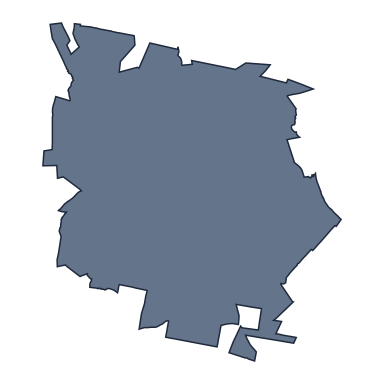 outline of San Felipe del Progreso, México, Mexico
{"feature_id": "50627088B26208541909776", "entity_name": "San Felipe del Progreso", "entity_type": "district", "adm_level": 2, "iso_a3": "MEX", "parent_name": "Mexico", "parent_adm1": "México", "projection": "mercator", "projection_center": [-99.99, 19.649], "detail": "fine", "context": "isolated", "style": "filled", "palette": "slate", "viewbox_px": 384, "rotation_deg": 0, "n_neighbors": 0, "source": "geoboundaries", "source_scale": "gbopen_adm2", "svg_char_len": 5643}
<svg xmlns="http://www.w3.org/2000/svg" viewBox="0 0 384 384"><path d="M293.7,343.2L296.3,337.5L293.2,336.9L285.3,335.6L283.7,335.3L279.4,334.3L277.2,333.9L275.8,333.8L281.6,321.5L273.6,320.3L276.0,318.5L282.6,312.1L284.6,310.3L293.3,301.9L292.5,301.7L280.7,284.2L281.2,283.3L282.8,283.9L284.0,283.8L285.7,282.7L286.4,277.4L289.0,274.4L289.5,273.5L294.8,267.6L297.1,265.3L297.0,265.1L297.1,264.5L297.4,264.0L297.8,263.7L298.1,263.5L298.6,263.5L301.8,259.7L304.4,256.9L305.6,255.7L306.4,254.8L307.5,253.5L309.0,252.0L311.2,249.5L312.7,250.5L315.9,247.1L317.3,245.3L320.6,241.8L323.2,238.8L325.7,236.0L330.7,230.2L333.7,226.9L334.9,225.6L336.2,226.4L341.1,219.5L337.6,215.9L334.6,213.1L333.1,211.5L332.0,210.1L330.5,208.7L329.1,207.7L328.4,206.9L325.1,202.1L324.4,200.7L323.3,197.7L323.0,197.8L321.7,194.9L320.6,191.7L320.8,191.6L317.2,182.2L316.5,179.8L315.8,176.5L315.5,173.5L314.7,174.7L314.1,174.5L312.7,175.1L312.0,174.9L311.9,175.2L312.4,175.7L313.3,175.6L313.6,175.8L313.7,176.3L313.3,176.5L312.8,176.5L312.5,176.3L311.9,176.4L311.3,176.7L311.1,177.0L311.2,177.4L310.9,177.8L309.9,177.9L309.3,177.5L308.9,176.9L308.2,176.5L307.3,177.0L306.8,176.8L305.4,177.0L304.1,177.2L304.0,176.5L302.1,170.6L301.6,169.5L300.3,167.6L298.1,165.5L295.6,163.5L294.3,162.5L294.4,162.4L287.0,139.6L299.6,137.2L298.9,136.7L297.8,135.7L296.9,134.6L296.6,134.0L296.4,133.6L296.4,133.0L296.4,132.6L296.4,132.1L296.2,131.9L295.1,132.1L294.7,132.0L293.2,130.7L292.3,129.7L292.1,129.5L291.7,129.0L291.8,128.9L291.3,127.2L291.4,126.2L291.7,125.8L291.8,125.8L292.1,125.4L292.8,124.9L293.4,124.7L293.8,124.8L294.2,124.8L294.6,124.3L294.8,124.0L294.9,123.4L295.1,122.6L294.9,122.1L295.0,121.9L294.8,121.8L294.9,120.6L294.8,120.0L295.3,118.9L295.5,118.7L295.6,118.2L295.6,117.9L295.5,117.6L295.4,117.5L295.3,117.4L295.1,117.2L294.9,117.0L294.9,116.6L296.2,115.2L296.3,114.7L295.7,111.8L295.8,111.6L295.6,109.9L295.8,109.6L296.1,108.7L295.9,108.5L287.3,96.4L287.3,95.8L287.7,95.6L293.5,94.3L299.2,93.4L305.5,91.5L313.2,89.0L302.0,84.5L288.0,79.3L286.4,82.9L260.1,76.3L265.7,70.6L270.2,64.8L245.8,63.0L235.5,69.5L234.1,69.1L191.6,60.5L192.3,64.3L181.9,65.3L181.5,60.6L180.5,58.1L177.9,55.5L178.9,51.7L178.1,46.8L177.3,49.3L149.9,43.0L139.0,68.2L137.4,67.3L131.8,68.8L119.2,72.2L120.4,61.6L134.9,45.2L134.8,43.4L134.2,35.8L132.8,35.4L131.6,35.2L129.8,34.9L119.5,32.9L117.7,32.7L111.3,31.3L110.9,30.9L108.8,30.7L102.5,29.5L102.0,29.5L97.8,28.5L97.6,28.3L96.9,28.2L95.0,27.9L91.9,27.2L91.5,27.2L91.0,27.0L90.4,26.9L80.3,25.9L80.5,24.4L74.4,23.7L74.3,27.1L73.0,33.5L75.2,39.6L77.6,44.3L78.0,45.0L79.3,46.9L71.1,54.3L70.5,52.8L66.8,45.1L68.9,42.2L69.9,40.7L68.2,36.8L62.8,26.3L61.5,23.0L50.1,24.4L51.3,32.4L52.3,38.5L55.0,43.4L63.2,60.7L65.6,66.2L66.0,66.5L66.3,67.9L66.6,68.4L67.0,69.4L67.4,69.5L67.5,69.6L67.8,69.9L67.9,70.4L68.0,70.6L68.0,70.8L67.9,70.8L67.7,71.4L68.0,71.5L68.1,71.3L68.3,71.3L68.5,71.6L68.4,71.9L68.5,72.1L68.6,72.9L69.0,73.3L69.6,73.5L69.9,73.7L71.0,74.1L72.0,76.6L72.7,76.8L72.4,78.3L73.0,78.9L72.9,79.5L73.4,80.5L72.6,81.2L72.4,81.6L72.2,81.9L71.9,82.1L71.4,83.2L71.2,84.3L71.1,85.3L71.0,85.8L70.7,86.2L70.3,86.6L70.1,87.1L69.4,87.9L68.9,88.3L68.7,88.7L68.6,89.3L68.1,90.2L68.0,90.5L68.5,91.3L68.6,92.2L68.9,92.6L69.0,93.3L69.0,93.8L69.0,94.1L69.2,95.3L69.2,96.0L69.3,96.2L69.5,96.7L69.6,97.1L69.6,97.5L69.8,98.1L70.2,99.2L70.1,100.0L69.9,100.3L69.5,100.8L66.3,99.7L62.9,98.7L55.8,96.6L54.2,102.6L53.4,104.9L53.1,106.4L52.7,107.9L52.5,109.7L52.5,112.8L52.9,114.8L52.4,116.9L52.4,143.5L52.1,149.6L44.0,150.9L42.9,165.8L56.8,165.5L57.5,178.3L63.3,176.9L79.9,189.3L81.4,190.9L80.8,191.2L80.4,191.3L79.7,191.5L78.6,192.2L77.2,193.4L73.8,197.0L72.7,198.1L69.1,200.7L67.4,201.7L66.1,202.9L64.8,203.8L64.4,204.2L60.6,208.7L59.5,209.6L58.9,210.0L58.4,210.6L62.3,211.8L63.0,211.8L63.7,211.9L64.2,211.8L65.2,212.2L66.4,212.1L65.6,213.3L64.9,213.6L63.9,215.4L62.7,216.9L61.9,217.7L62.0,218.7L61.6,219.0L61.1,219.6L61.3,220.5L61.2,221.5L61.2,221.9L60.8,223.8L60.7,225.8L60.7,226.8L59.9,227.9L59.8,228.3L59.9,228.8L59.4,230.0L59.2,231.0L59.7,232.7L60.5,234.7L60.9,236.0L61.1,236.4L61.1,237.1L60.9,237.9L60.7,238.9L58.5,253.4L57.1,259.6L57.3,266.7L60.9,265.9L65.4,265.0L67.0,266.5L68.3,267.5L80.0,276.5L85.6,274.3L87.2,273.8L87.0,274.4L87.2,275.1L90.1,278.4L90.9,279.0L91.3,278.8L91.6,278.9L91.5,279.2L91.6,279.3L91.6,280.1L91.2,281.1L91.0,281.3L90.6,282.2L90.1,283.1L90.0,283.6L89.8,287.3L94.5,287.9L95.7,288.0L97.1,288.2L97.3,288.5L98.1,288.7L98.5,288.4L99.0,288.3L99.9,288.3L100.2,288.4L100.3,288.5L100.6,288.8L101.0,288.5L101.2,288.8L101.0,289.0L101.8,289.2L102.3,289.2L102.8,289.1L103.2,289.2L103.5,289.4L103.9,289.3L104.3,289.5L104.7,289.9L105.3,289.8L105.7,289.7L106.1,289.5L107.3,288.6L107.7,288.4L108.5,288.6L109.1,288.6L110.3,288.9L111.2,289.1L114.0,290.2L115.6,291.4L116.3,291.9L117.5,292.8L117.6,292.6L117.7,292.4L117.8,291.2L118.2,289.8L118.3,288.8L118.9,285.5L119.4,284.6L131.3,286.9L135.6,288.0L140.9,289.1L146.5,290.3L147.2,290.7L145.8,295.9L144.5,303.7L141.5,313.5L139.1,329.2L143.6,327.8L145.9,327.5L146.7,327.7L151.9,327.2L152.9,327.3L155.4,327.2L156.8,326.9L158.1,326.2L158.7,325.9L160.4,324.8L161.1,324.6L162.3,324.1L164.0,322.6L165.1,321.8L165.7,321.3L167.2,320.8L167.7,320.7L168.6,321.1L165.7,337.2L217.1,346.9L221.0,325.5L223.9,324.7L227.3,323.9L231.1,323.6L232.6,323.6L233.8,323.7L236.1,324.1L238.4,324.5L238.8,320.2L239.0,317.1L239.0,315.5L239.0,315.4L236.1,304.4L247.7,306.4L252.3,307.2L261.5,308.6L260.0,318.4L258.3,330.0L242.0,327.8L240.7,326.1L233.0,342.4L229.0,352.7L245.4,358.0L247.2,357.9L248.2,358.9L254.6,361.0L256.3,351.9L250.3,344.9L246.8,338.4L245.6,335.2L293.7,343.2Z" fill="#64748b" stroke="#1e293b" stroke-width="1.5"/></svg>